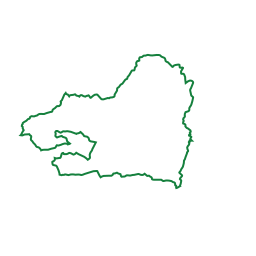 Tam Duong, Lai Chau, Vietnam, rotated 315°
{"feature_id": "81297802B8345144496926", "entity_name": "Tam Duong", "entity_type": "district", "adm_level": 2, "iso_a3": "VNM", "parent_name": "Vietnam", "parent_adm1": "Lai Chau", "projection": "mercator", "projection_center": [103.573, 22.33], "detail": "fine", "context": "isolated", "style": "outline", "palette": "green", "viewbox_px": 256, "rotation_deg": 315, "n_neighbors": 0, "source": "geoboundaries", "source_scale": "gbopen_adm2", "svg_char_len": 5702}
<svg xmlns="http://www.w3.org/2000/svg" viewBox="0 0 256 256"><g transform="rotate(315 128 128)"><path d="M108.7,59.2L106.5,59.4L100.9,61.6L99.2,61.6L98.9,61.8L98.8,62.3L98.5,62.8L96.9,63.8L96.4,63.9L94.9,63.8L94.1,63.2L93.5,62.5L92.8,62.3L90.5,62.3L88.5,61.9L87.6,61.9L86.3,62.6L85.9,62.7L85.3,62.5L84.6,61.9L81.0,59.9L78.6,58.8L75.8,55.9L75.3,55.5L74.4,55.1L72.4,54.8L71.3,54.1L69.8,53.4L68.1,51.4L66.6,51.0L65.6,51.6L64.8,51.7L64.5,51.4L63.5,51.0L61.2,51.0L58.7,50.3L57.3,50.1L56.9,50.2L56.2,50.8L55.4,50.8L54.3,51.5L54.3,52.8L53.3,53.8L53.2,54.3L52.6,55.4L52.7,55.7L52.5,55.9L51.3,56.0L47.5,57.2L47.0,57.2L47.9,58.4L48.4,58.7L50.3,59.5L53.8,62.6L53.6,63.5L53.8,64.9L53.7,65.4L53.1,66.0L51.7,66.9L51.2,67.4L50.9,68.2L51.0,69.8L50.6,71.4L50.6,74.1L50.1,76.1L50.2,77.0L51.1,78.5L51.3,79.7L51.0,82.1L50.8,82.4L52.5,83.3L56.2,86.9L59.1,88.4L62.1,90.3L62.7,90.5L64.2,90.2L64.9,89.9L65.5,89.9L66.2,91.0L66.9,91.5L69.0,92.6L70.1,93.0L72.1,94.1L72.8,94.8L73.6,95.8L73.8,96.1L73.8,97.0L75.4,97.9L75.9,98.0L75.6,95.7L75.6,94.5L75.9,93.8L77.0,92.0L77.0,90.9L75.5,87.9L75.6,87.1L75.5,86.7L72.7,85.2L71.1,84.5L70.9,82.8L71.0,82.4L71.3,82.0L72.8,81.0L73.6,79.6L74.4,79.3L74.9,79.3L75.3,79.5L76.0,80.2L76.7,82.9L77.0,83.6L77.6,83.9L79.8,84.5L80.2,84.9L81.1,86.0L82.7,87.2L83.1,87.7L84.9,90.3L87.4,95.7L87.9,95.7L89.0,96.5L90.7,97.3L91.3,97.1L91.6,97.2L91.7,100.9L91.4,102.0L91.3,102.8L92.9,105.2L93.1,106.6L93.0,107.4L91.9,109.3L91.9,110.2L92.2,111.1L94.4,114.2L95.1,115.4L89.6,117.2L88.2,117.6L87.0,118.2L85.6,118.6L84.6,118.7L83.4,119.1L81.9,119.9L80.4,121.8L79.9,122.2L79.0,122.3L77.1,122.0L77.1,120.2L76.7,117.5L74.5,111.4L73.9,108.9L72.3,108.9L71.3,108.6L70.6,108.2L70.5,107.9L69.8,105.6L69.2,104.5L68.7,104.0L67.3,103.6L66.2,103.1L64.6,101.6L64.2,101.0L64.2,100.6L64.5,100.1L64.5,99.8L64.1,99.5L63.1,99.3L62.6,99.5L59.7,101.1L59.0,101.2L56.0,99.0L55.4,98.2L55.0,97.4L54.3,98.3L53.8,98.7L53.2,98.9L52.3,98.9L50.7,98.4L50.4,98.5L49.1,100.2L48.9,101.2L50.5,103.7L50.5,104.8L48.9,108.9L47.5,111.5L46.6,112.6L47.7,114.4L48.2,114.7L48.7,114.9L49.6,115.9L50.5,116.2L51.0,116.7L52.6,119.2L54.7,120.4L56.3,121.9L58.0,124.1L58.8,124.7L60.2,126.0L61.0,127.0L61.6,128.1L61.9,128.4L63.1,129.1L64.8,129.8L73.0,134.1L75.6,136.4L75.8,136.8L75.7,137.0L74.2,141.5L73.8,143.5L75.1,143.8L76.8,144.6L80.4,147.9L82.5,150.0L83.8,150.3L85.4,149.9L85.6,150.0L86.7,150.9L88.6,151.8L88.9,153.2L90.0,155.3L89.0,157.3L89.0,157.9L91.3,159.9L92.1,160.2L93.2,160.4L93.8,160.7L95.2,162.3L95.8,163.1L98.2,164.6L99.2,165.5L102.8,167.8L103.3,168.6L103.8,169.9L104.4,170.8L105.1,171.5L105.9,171.9L107.4,172.1L107.7,175.5L109.1,176.5L109.2,177.6L109.5,178.5L109.7,179.6L109.5,180.2L108.9,181.0L108.8,181.3L109.0,181.9L109.8,183.0L114.9,188.1L115.3,190.2L115.7,190.7L117.6,191.9L118.4,192.6L119.8,194.2L121.2,196.3L121.6,198.2L122.2,199.1L122.3,199.8L122.2,200.3L121.8,200.8L121.0,201.7L120.9,202.0L121.2,202.7L121.1,203.1L119.9,204.2L119.7,204.6L120.6,205.1L123.7,205.9L123.7,205.7L124.2,205.4L125.8,204.7L128.3,203.0L128.5,202.6L128.6,201.9L128.5,201.2L128.6,200.8L129.4,200.4L132.0,200.2L132.5,200.0L132.8,199.4L132.7,197.2L132.7,195.9L132.9,195.7L134.8,195.5L136.6,194.8L138.7,194.4L139.6,194.1L142.5,192.4L144.5,190.7L146.4,190.2L147.6,189.5L152.0,187.5L152.5,187.0L154.0,186.9L154.5,186.5L155.1,185.0L156.0,183.7L157.1,183.2L159.5,182.9L160.5,182.2L160.7,181.4L161.2,180.9L161.5,180.9L161.8,181.4L162.1,181.4L162.5,181.0L162.6,180.5L162.9,180.4L163.3,180.7L163.7,180.8L163.7,181.1L163.6,181.5L164.2,182.1L164.2,180.4L164.4,179.9L164.9,179.4L166.1,179.3L166.5,179.0L166.4,177.8L165.8,176.6L166.0,176.3L166.4,176.1L166.9,176.5L167.7,176.6L167.8,176.5L167.8,175.8L168.4,175.0L169.0,174.9L169.7,175.0L170.4,173.9L170.4,173.5L170.2,172.3L170.2,171.2L169.6,169.5L169.6,168.2L169.8,167.3L170.6,166.7L170.9,166.2L170.9,165.8L170.9,165.3L170.2,163.8L170.4,163.5L171.4,162.7L172.4,162.4L172.9,161.1L173.3,160.7L173.7,160.6L174.2,160.3L175.5,160.3L176.3,160.1L176.8,159.7L177.0,159.2L178.2,158.2L179.9,157.5L182.5,158.8L183.2,158.9L183.7,158.8L184.1,158.6L185.4,157.3L187.0,156.8L188.3,156.6L189.4,156.2L192.5,154.5L195.6,152.5L195.8,152.2L195.7,149.8L198.5,145.4L199.4,144.7L200.4,144.5L205.8,142.2L206.2,141.9L206.5,141.4L206.6,140.9L206.5,140.0L206.3,139.5L205.7,138.6L205.1,138.1L203.3,137.4L200.6,137.0L203.0,133.9L204.4,132.4L205.6,129.7L205.5,128.9L204.1,127.4L204.1,127.1L205.3,125.7L205.7,125.4L209.3,124.5L209.4,124.4L209.3,123.9L207.8,122.5L207.5,121.9L207.6,121.5L209.0,119.8L209.0,119.6L208.7,119.0L208.4,118.7L206.1,117.0L205.0,116.5L204.4,116.3L202.9,116.4L202.6,116.1L202.7,109.8L202.1,108.4L202.0,107.5L202.1,106.9L202.8,106.0L203.3,104.9L203.3,104.5L203.2,103.8L202.1,101.2L202.1,99.9L202.0,99.1L201.5,98.3L200.0,96.7L196.4,93.8L195.4,92.7L194.0,90.7L193.4,90.1L191.6,89.2L190.8,88.4L190.1,87.9L188.1,87.7L187.5,87.3L186.6,86.5L186.0,86.4L184.9,86.9L183.7,88.3L182.9,88.1L182.4,87.6L181.9,87.3L181.5,87.3L180.1,87.6L179.4,88.2L178.8,88.9L178.5,89.8L178.0,90.1L176.0,90.1L175.1,90.5L173.9,91.4L173.3,91.6L173.1,91.6L171.9,90.5L171.4,90.2L171.0,90.2L166.2,91.5L163.7,91.7L162.2,92.6L160.6,92.0L159.7,92.0L155.4,92.7L153.7,92.2L152.9,92.2L150.7,92.6L148.9,92.3L148.3,92.4L146.7,93.8L142.2,94.9L141.1,95.9L140.0,96.0L138.5,95.2L137.1,94.0L136.4,93.7L135.7,93.6L134.9,92.5L131.1,90.5L130.3,89.8L129.7,89.0L129.6,88.4L129.8,84.6L129.9,83.3L129.7,82.3L128.0,81.0L126.4,80.6L123.0,80.3L122.8,79.9L123.2,77.7L123.2,77.1L123.1,76.9L122.0,76.5L121.3,75.9L120.1,75.7L119.8,75.3L119.0,73.9L118.6,72.3L118.1,71.6L117.6,71.3L117.0,71.2L115.8,71.4L115.6,70.4L114.6,68.9L114.4,68.4L114.5,67.0L114.3,66.7L112.8,65.9L110.4,64.0L109.6,63.8L108.8,64.0L109.1,61.9L108.4,60.4L108.4,60.0L108.7,59.2Z" fill="none" stroke="#15803d" stroke-width="2"/></g></svg>